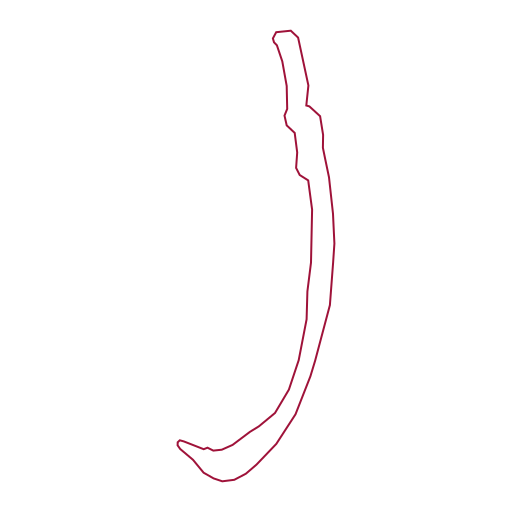 outline of Ettal, Federated States of Micronesia
{"feature_id": "79324940B18829074085609", "entity_name": "Ettal", "entity_type": "district", "adm_level": 2, "iso_a3": "FSM", "parent_name": "Federated States of Micronesia", "parent_adm1": "", "projection": "equal_earth", "projection_center": [153.583, 5.578], "detail": "fine", "context": "isolated", "style": "outline", "palette": "rose", "viewbox_px": 512, "rotation_deg": 0, "n_neighbors": 0, "source": "geoboundaries", "source_scale": "gbopen_adm2", "svg_char_len": 826}
<svg xmlns="http://www.w3.org/2000/svg" viewBox="0 0 512 512"><path d="M250.0,431.8L232.6,444.9L221.8,449.7L213.3,450.6L207.5,447.7L203.7,449.2L183.8,441.4L179.8,440.3L177.7,442.3L177.6,445.3L180.2,449.0L193.0,459.8L203.6,472.7L213.6,478.4L222.3,481.3L234.3,479.8L245.9,473.7L256.5,464.6L276.3,443.9L295.5,414.3L310.4,376.3L315.1,360.8L329.9,305.1L333.1,262.8L334.4,243.6L333.0,213.8L329.0,177.3L325.0,158.1L322.9,147.8L323.1,134.9L320.1,116.2L309.4,106.4L306.3,105.5L308.4,85.5L298.1,37.6L290.8,30.7L276.2,32.2L272.9,38.4L274.0,42.3L276.9,45.3L282.3,61.4L286.7,86.0L287.2,108.9L284.5,115.6L286.7,125.4L294.7,132.9L297.2,152.5L296.1,167.9L299.7,175.0L308.2,180.4L312.1,209.6L311.0,262.6L307.4,291.4L306.6,319.3L298.7,360.2L288.9,389.6L275.0,413.0L258.8,426.4L250.0,431.8Z" fill="none" stroke="#9f1239" stroke-width="2"/></svg>